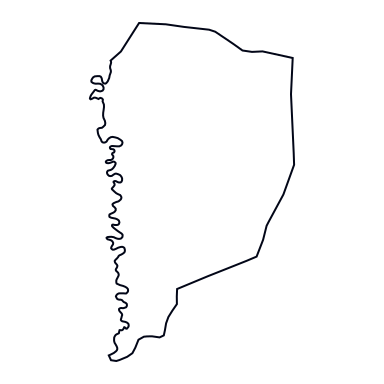 outline of Darxan, Darhan-Uul, Mongolia
{"feature_id": "93677404B46985552714586", "entity_name": "Darxan", "entity_type": "district", "adm_level": 2, "iso_a3": "MNG", "parent_name": "Mongolia", "parent_adm1": "Darhan-Uul", "projection": "albers", "projection_center": [105.906, 49.46], "detail": "fine", "context": "isolated", "style": "outline", "palette": "ink", "viewbox_px": 384, "rotation_deg": 0, "n_neighbors": 0, "source": "geoboundaries", "source_scale": "gbopen_adm2", "svg_char_len": 5362}
<svg xmlns="http://www.w3.org/2000/svg" viewBox="0 0 384 384"><path d="M215.2,31.7L209.1,29.7L183.9,26.9L165.8,24.3L139.1,23.0L135.0,29.4L120.9,51.5L110.6,60.6L111.0,61.5L111.1,62.7L110.6,64.6L110.1,66.1L110.1,68.1L110.8,70.2L110.9,71.9L110.4,73.4L109.7,75.3L109.2,78.0L107.7,81.4L106.3,83.1L105.5,83.6L103.8,83.4L102.9,82.6L102.3,81.4L102.0,80.0L101.7,78.3L100.8,76.7L99.5,76.1L97.6,76.1L94.7,76.4L93.2,77.3L92.3,78.5L91.5,80.0L91.3,80.9L91.5,81.9L92.8,82.9L94.1,83.4L95.6,83.7L98.1,83.6L100.2,83.8L102.1,84.9L103.0,86.1L103.6,87.7L103.5,89.3L102.6,90.6L101.4,91.1L100.1,91.4L98.2,91.0L97.0,90.5L96.2,90.0L95.5,89.8L94.8,90.1L93.4,92.0L91.4,94.6L90.6,96.1L90.1,97.6L89.9,98.3L90.1,98.9L90.7,99.3L91.5,99.0L92.6,98.5L93.6,97.8L94.8,97.6L96.1,97.9L98.5,99.0L99.3,98.4L100.3,97.9L101.1,98.1L101.9,98.4L102.6,99.1L102.9,99.7L102.6,101.4L103.9,104.5L104.0,107.0L103.6,110.1L103.2,112.7L103.1,115.6L103.5,117.9L104.3,119.6L104.9,120.9L105.3,123.1L105.0,125.0L103.2,126.8L101.9,127.8L99.9,128.0L98.7,128.4L98.0,129.0L97.5,129.6L97.6,130.6L97.9,132.9L98.4,134.8L99.6,137.3L100.7,139.0L101.2,140.2L101.6,141.4L102.5,142.3L103.8,142.6L104.9,142.5L105.9,142.0L106.6,141.5L107.7,139.6L109.1,138.2L110.8,137.2L112.6,136.9L115.2,137.4L117.7,138.1L120.6,139.9L122.1,141.2L122.5,142.7L122.1,144.2L121.2,145.4L119.4,146.3L116.6,146.3L114.0,146.1L111.9,146.0L110.6,146.5L110.0,147.1L109.9,147.7L110.1,148.4L110.6,149.0L112.0,149.1L113.4,149.3L114.2,149.9L114.5,150.7L114.5,151.5L114.0,152.4L113.0,152.8L112.3,153.3L112.1,153.9L112.1,154.5L112.7,155.2L113.3,156.1L113.4,157.1L113.1,158.2L112.4,159.1L111.6,159.7L110.7,160.0L109.3,160.0L107.7,160.2L106.5,160.8L106.0,161.4L105.8,161.9L106.0,162.4L106.4,162.9L107.2,163.1L108.3,163.2L109.9,162.9L111.6,162.3L113.0,161.7L113.8,161.6L114.5,161.9L115.1,162.4L115.6,163.0L115.6,163.9L114.7,166.0L113.5,167.7L112.2,169.1L110.6,170.0L109.3,170.3L107.9,170.7L107.2,171.6L107.0,172.5L107.2,173.7L107.9,174.8L109.0,175.8L110.2,176.1L111.8,175.9L113.7,174.5L115.2,173.7L116.5,173.7L118.4,174.3L120.2,175.2L121.4,176.7L122.1,178.3L122.1,180.3L121.5,181.7L120.6,182.4L119.4,182.5L118.5,182.4L117.3,181.9L116.0,181.2L114.9,181.0L114.2,181.3L113.7,181.5L113.5,182.0L114.2,183.2L114.6,184.1L114.5,185.3L113.9,186.1L113.2,187.0L112.4,187.8L112.0,188.4L111.8,188.8L112.0,189.3L114.3,191.5L116.1,193.1L117.5,193.9L118.8,194.5L120.2,195.1L120.9,196.1L121.4,197.2L121.3,198.3L120.8,199.4L120.0,200.1L119.0,201.0L117.9,201.6L116.5,201.9L114.9,202.6L113.6,203.2L112.9,203.8L112.5,204.3L112.7,205.1L112.9,205.8L114.7,207.4L115.7,208.7L115.7,210.2L114.8,211.6L113.6,212.5L111.9,213.3L110.5,213.9L109.6,214.4L109.3,215.1L109.3,216.2L109.6,217.0L111.1,217.7L113.0,218.1L115.5,218.6L117.4,219.4L118.8,220.5L119.2,221.5L119.4,222.6L118.8,224.1L117.9,224.8L116.9,225.0L115.8,225.0L114.7,225.0L113.7,224.7L112.9,224.6L112.3,224.8L112.0,225.3L112.1,226.2L113.6,227.8L115.9,229.6L117.9,231.1L119.5,232.2L121.5,233.5L122.5,234.6L122.6,235.7L122.4,237.0L121.2,238.4L120.0,238.8L118.9,238.9L117.4,238.7L115.6,238.1L113.8,237.2L111.4,236.8L109.0,236.9L107.4,237.1L106.6,237.7L106.7,238.4L107.6,239.3L109.6,239.8L111.4,240.5L112.5,241.5L113.2,243.0L113.0,244.4L112.1,245.7L111.4,247.0L111.1,248.1L111.7,249.0L112.7,249.7L113.8,249.7L116.0,248.8L118.2,247.7L120.5,247.0L122.1,246.8L123.4,247.2L124.3,247.9L124.8,249.4L124.9,251.0L124.4,252.4L122.9,253.6L121.4,254.5L119.5,255.3L118.7,255.9L118.2,256.9L117.0,258.4L115.7,259.6L115.0,260.5L114.7,261.0L114.8,261.6L115.1,262.6L116.3,264.0L117.1,265.0L117.4,265.8L117.2,266.8L116.7,267.9L116.1,268.8L115.8,269.5L115.8,270.0L116.1,270.8L117.3,271.9L118.2,272.9L118.7,274.3L118.6,275.6L118.0,276.8L117.3,278.2L116.6,279.5L116.3,280.6L116.3,281.9L116.4,282.9L116.7,283.6L118.0,284.2L120.0,285.1L123.0,285.9L125.0,286.7L126.7,287.7L127.8,288.9L128.1,290.2L127.9,291.6L127.0,292.7L126.3,293.4L125.6,293.5L122.9,293.3L120.3,293.3L118.9,293.4L117.8,293.9L116.9,294.6L116.2,295.6L115.9,296.5L116.3,297.3L116.8,298.3L117.3,299.0L117.9,299.3L119.3,299.7L120.7,299.7L121.4,299.9L122.2,300.3L122.8,301.1L123.4,301.7L124.1,302.2L125.1,302.6L126.1,303.2L126.8,304.0L126.9,304.9L126.9,305.8L126.4,306.8L126.0,307.3L125.1,307.6L124.3,307.9L123.1,308.2L121.3,308.0L120.5,308.1L119.6,308.5L119.1,308.9L119.0,309.7L119.2,310.5L119.8,311.5L120.7,312.4L121.5,313.3L122.0,314.1L122.2,315.0L121.9,315.8L121.3,318.2L120.9,319.3L120.9,320.0L121.4,320.7L122.3,321.3L125.4,321.9L127.0,322.6L128.3,323.7L128.6,324.6L128.7,325.9L128.4,326.8L127.8,327.6L126.8,328.7L126.0,328.6L125.3,327.9L124.7,327.3L124.5,327.2L124.1,327.3L123.8,328.2L123.4,328.9L122.8,329.7L122.0,330.2L121.5,330.3L120.8,330.2L120.2,330.1L119.6,330.1L119.4,330.7L119.1,331.9L119.0,332.9L118.8,333.3L118.2,333.6L117.0,334.1L115.7,334.9L114.8,336.2L114.2,337.5L114.1,339.3L114.1,340.9L114.6,342.8L115.6,344.4L116.6,346.2L117.2,347.7L117.3,349.1L116.9,350.2L116.1,351.2L113.8,353.0L110.6,354.6L108.8,355.4L111.0,360.2L116.3,361.0L119.5,360.0L127.2,356.8L132.4,353.2L135.3,347.7L138.5,339.7L143.9,336.7L147.1,336.4L151.9,336.3L159.6,337.4L163.8,335.4L164.9,330.4L166.1,323.3L168.4,317.0L172.4,310.6L176.9,304.1L176.8,296.5L177.1,289.0L207.9,276.2L224.8,269.5L246.7,260.8L256.6,256.6L263.1,239.8L266.6,225.8L268.5,222.1L283.4,194.5L294.1,164.8L293.7,153.0L291.0,94.2L292.7,58.0L262.5,51.4L252.0,51.9L242.5,50.5L233.0,43.7L215.2,31.7Z" fill="none" stroke="#020617" stroke-width="2"/></svg>